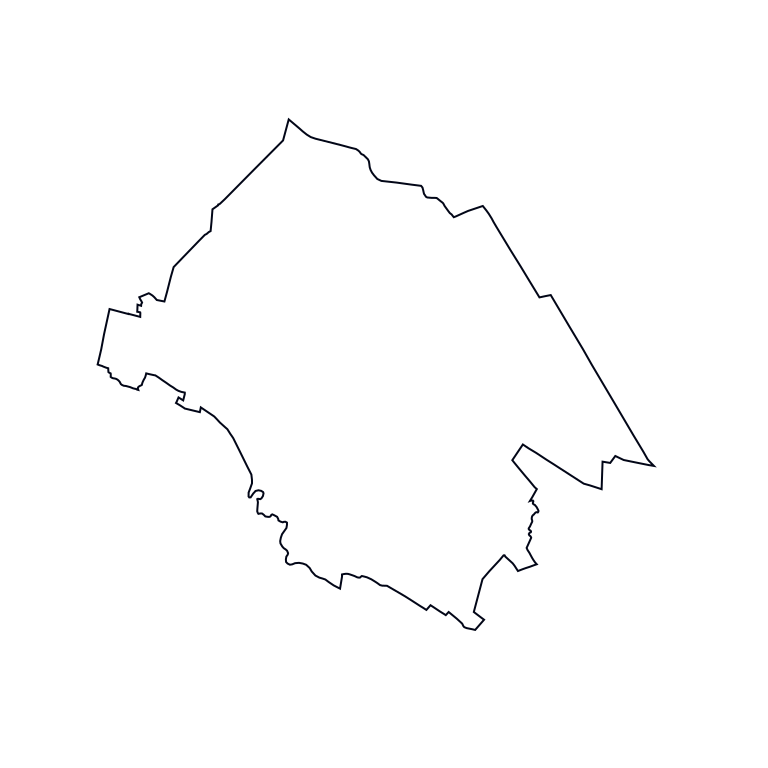 Radauti, Suceava, Romania (Equal Earth projection), rotated 33°
{"feature_id": "2599482B49220638181653", "entity_name": "Radauti", "entity_type": "district", "adm_level": 2, "iso_a3": "ROU", "parent_name": "Romania", "parent_adm1": "Suceava", "projection": "equal_earth", "projection_center": [25.93, 47.847], "detail": "fine", "context": "isolated", "style": "outline", "palette": "ink", "viewbox_px": 768, "rotation_deg": 33, "n_neighbors": 0, "source": "geoboundaries", "source_scale": "gbopen_adm2", "svg_char_len": 5385}
<svg xmlns="http://www.w3.org/2000/svg" viewBox="0 0 768 768"><g transform="rotate(33 384 384)"><path d="M594.4,540.6L596.3,527.2L593.1,527.0L583.5,526.3L581.7,520.8L575.2,501.0L572.9,494.0L574.3,483.6L576.9,468.6L577.6,462.6L578.4,462.0L579.8,462.7L585.3,463.6L589.6,464.3L592.4,465.3L598.2,467.9L600.0,465.4L601.3,463.6L603.3,461.0L605.9,457.8L608.5,454.3L610.3,452.0L608.0,451.4L605.3,450.3L603.0,449.2L600.6,447.9L597.9,446.4L594.9,445.1L592.9,443.8L591.2,432.8L590.4,432.2L589.7,431.9L588.3,431.8L587.2,431.0L587.2,430.3L587.1,429.5L587.5,429.0L587.9,428.4L587.7,427.7L587.2,427.3L586.7,427.2L584.7,427.1L584.4,426.7L584.0,426.3L584.0,423.9L583.6,421.3L583.3,418.8L583.0,418.2L582.2,417.4L581.4,416.8L580.6,415.3L580.3,414.3L580.3,413.3L580.5,412.4L580.8,411.7L580.8,410.8L581.1,409.4L581.5,408.6L582.2,408.2L582.9,408.0L583.0,407.3L582.9,406.8L582.7,406.3L581.7,405.6L580.3,404.8L578.8,404.0L577.0,403.5L576.5,403.3L575.2,403.4L574.8,403.4L574.0,403.2L573.5,402.4L573.3,401.4L573.0,400.9L572.3,400.7L570.7,401.8L570.1,402.6L570.0,398.4L569.4,388.9L566.6,388.5L558.7,386.0L552.6,384.2L542.6,381.1L535.4,378.8L533.1,378.0L533.4,359.1L540.3,359.2L549.3,358.9L561.6,359.0L569.8,358.9L574.1,358.9L605.8,358.8L611.9,356.9L623.8,353.7L609.6,330.1L616.7,327.0L617.2,318.4L626.4,317.2L632.0,315.0L637.6,312.8L650.7,307.6L651.5,307.2L655.0,305.7L648.3,304.2L646.0,303.5L638.3,299.5L621.0,291.1L586.9,274.1L547.6,254.6L532.0,246.5L508.3,234.9L475.4,218.6L471.5,222.4L467.2,226.7L450.1,218.5L434.6,211.0L417.3,202.9L392.7,191.0L387.7,188.5L384.1,186.5L379.2,184.2L375.3,182.7L370.2,181.0L369.9,180.9L360.3,193.0L357.8,196.8L353.0,204.3L351.7,206.1L349.8,205.5L348.5,205.0L347.3,204.9L346.1,204.8L343.6,203.9L342.3,203.4L337.9,201.7L335.4,200.3L335.1,200.2L334.0,200.0L332.6,199.9L330.6,199.7L328.0,199.4L327.5,199.4L326.9,199.3L325.8,199.9L322.3,202.1L318.7,204.0L317.2,204.1L315.2,203.2L314.3,202.9L313.3,202.1L311.3,200.1L309.3,198.3L307.2,197.6L298.5,201.8L284.9,208.2L271.2,215.1L266.7,215.7L264.9,215.2L261.9,214.4L260.6,213.9L258.9,213.3L256.2,211.8L255.2,211.0L254.1,210.1L253.3,209.2L251.8,207.4L250.1,205.5L248.1,204.3L242.1,203.1L240.4,203.4L239.3,203.4L237.0,202.5L235.1,202.2L232.5,202.2L231.1,202.7L228.6,203.6L225.6,204.6L223.0,205.4L217.2,207.3L192.9,215.6L188.1,216.8L183.4,216.9L178.2,216.4L174.3,215.8L160.0,214.0L166.7,234.7L158.2,275.2L149.8,315.9L148.2,322.4L147.2,323.8L147.6,324.4L145.0,330.9L151.1,342.1L155.3,350.2L154.3,352.0L153.5,354.8L152.5,356.5L150.8,364.9L146.5,387.0L143.9,400.5L146.9,410.3L151.8,424.7L154.9,434.4L147.7,437.3L144.1,436.3L141.6,435.9L138.8,435.9L137.3,436.0L131.5,444.5L132.3,445.0L133.0,445.5L134.2,446.1L135.3,446.6L136.8,447.5L136.9,449.2L137.7,450.7L134.1,451.7L135.9,454.7L137.6,457.6L137.7,457.8L140.2,456.8L140.5,456.7L141.0,457.2L143.0,460.5L137.5,462.3L133.3,463.7L132.4,464.0L131.5,464.2L131.6,464.5L113.0,470.6L122.1,494.7L127.9,508.8L130.4,515.7L132.9,522.7L133.1,523.3L133.2,523.6L135.1,523.2L137.9,522.4L139.0,522.3L142.3,521.6L144.1,521.0L145.0,522.2L146.4,524.1L147.1,524.2L149.0,524.0L149.9,525.2L150.9,526.9L152.1,527.0L153.5,526.8L155.3,526.0L156.6,525.6L158.1,525.5L159.6,525.7L161.1,526.1L162.5,526.9L163.4,527.4L164.8,527.5L166.7,527.2L168.7,526.2L171.2,525.4L172.7,524.9L175.9,524.3L177.6,523.7L178.5,523.3L180.0,523.2L181.2,522.8L180.7,522.4L179.9,521.7L179.6,520.9L179.7,519.9L180.2,518.8L181.1,517.3L181.4,516.7L181.2,516.1L180.8,514.9L180.5,513.5L180.2,511.2L180.1,508.8L179.5,506.6L178.8,504.6L181.7,503.6L186.7,501.7L187.5,501.3L191.7,501.3L195.8,501.5L200.9,501.6L205.5,501.8L209.1,501.7L212.7,501.9L215.3,501.7L218.3,501.0L221.6,499.7L222.4,500.9L223.9,505.3L224.5,507.1L219.0,507.2L219.8,511.9L219.9,513.2L224.4,513.0L229.4,513.0L230.2,513.1L237.0,510.7L244.9,507.9L243.1,503.4L248.6,503.5L259.3,503.7L262.3,504.4L267.4,505.7L274.4,506.8L275.8,507.0L277.2,507.2L282.4,509.6L284.9,510.6L287.0,511.5L298.7,518.4L314.3,527.7L322.1,532.2L325.5,536.3L327.4,539.2L328.7,544.6L329.6,548.8L331.7,552.1L332.8,552.5L333.9,551.7L334.0,546.9L334.3,545.4L334.5,543.7L336.6,541.5L339.2,540.5L341.5,540.5L342.5,541.3L343.5,543.9L343.5,546.7L342.9,548.0L340.8,548.9L340.4,549.6L341.8,550.9L342.7,551.9L345.8,557.7L347.0,559.8L348.3,560.8L349.4,561.3L350.7,560.0L352.3,559.0L354.5,559.2L356.6,559.7L358.0,559.1L359.3,558.5L360.5,557.6L360.9,556.6L360.8,555.1L361.3,554.2L363.1,553.9L366.7,553.6L368.8,554.8L369.8,555.9L372.1,555.8L374.5,555.1L375.2,554.0L376.4,553.2L378.1,553.1L379.3,554.9L380.6,557.9L380.3,565.5L381.2,569.1L382.5,572.3L384.0,574.1L387.2,575.7L389.4,576.3L391.5,576.3L393.5,576.6L395.7,578.1L396.2,579.6L396.1,581.9L397.2,584.5L398.8,586.6L400.9,587.1L403.5,586.8L405.2,585.3L407.0,582.7L409.2,581.0L410.1,580.3L413.7,578.8L417.2,578.0L421.9,578.8L425.5,580.6L430.8,582.0L435.2,581.6L438.5,580.6L441.3,579.9L445.5,580.2L451.5,580.3L458.6,579.6L453.7,568.4L452.5,566.6L453.8,565.3L455.3,564.0L457.1,562.9L459.0,562.3L461.8,561.6L463.9,561.1L466.9,560.7L468.3,560.1L469.3,559.4L469.6,558.1L470.0,557.1L472.2,556.3L475.0,555.4L479.7,554.7L484.0,554.6L486.9,554.6L490.2,554.8L492.3,554.1L495.6,552.1L496.4,551.6L517.2,550.6L530.1,550.5L535.2,550.5L538.6,550.4L540.4,550.4L542.6,550.4L543.5,544.2L547.0,544.2L555.0,544.3L559.7,544.2L560.7,544.2L561.7,544.2L562.4,540.0L573.0,541.2L580.1,542.4L582.6,543.9L583.8,544.2L586.3,543.7L591.6,541.6L594.4,540.6Z" fill="none" stroke="#020617" stroke-width="2"/></g></svg>